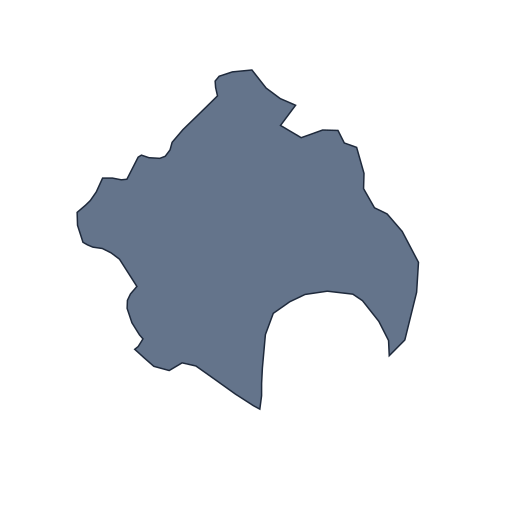 the district of Aparan, Aragatsotn, Armenia, rotated 217°
{"feature_id": "60910142B24398064358577", "entity_name": "Aparan", "entity_type": "district", "adm_level": 2, "iso_a3": "ARM", "parent_name": "Armenia", "parent_adm1": "Aragatsotn", "projection": "equal_earth", "projection_center": [44.404, 40.525], "detail": "fine", "context": "isolated", "style": "filled", "palette": "slate", "viewbox_px": 512, "rotation_deg": 217, "n_neighbors": 0, "source": "geoboundaries", "source_scale": "gbopen_adm2", "svg_char_len": 1163}
<svg xmlns="http://www.w3.org/2000/svg" viewBox="0 0 512 512"><g transform="rotate(217 256 256)"><path d="M296.7,108.5L283.6,107.3L271.2,106.4L256.4,112.3L250.7,126.2L237.8,132.0L217.3,132.6L189.5,133.3L168.0,134.9L160.8,136.0L167.4,147.7L174.9,157.7L183.5,170.4L201.2,198.9L207.7,220.6L201.5,239.8L193.7,254.8L177.9,270.8L155.7,283.8L144.0,284.4L118.5,277.7L99.3,268.3L89.6,256.6L88.4,265.3L86.6,278.5L105.9,323.7L122.4,348.7L154.0,363.6L176.6,368.5L190.4,365.8L210.6,374.5L219.5,387.0L241.0,403.3L253.5,399.4L266.1,405.6L278.6,396.7L291.1,377.7L315.0,375.0L315.1,393.9L315.1,400.2L331.4,396.3L349.0,396.2L371.2,402.1L385.7,388.8L393.6,377.4L393.9,371.1L389.7,366.3L383.1,360.7L385.7,343.3L390.4,313.0L391.4,296.3L388.5,289.0L388.5,281.0L391.6,276.1L400.6,270.1L408.2,267.6L409.1,265.3L409.6,264.0L405.3,239.6L409.4,235.8L417.4,231.9L425.4,225.9L422.1,211.0L421.7,200.6L422.7,194.0L425.1,183.2L417.0,173.1L402.4,162.8L397.2,163.5L391.6,164.9L383.3,169.5L373.6,171.3L363.1,171.3L332.8,160.0L333.4,150.1L332.0,143.2L327.4,136.6L314.9,128.0L301.6,122.9L296.4,121.8L296.2,119.8L295.6,112.8L296.7,108.5Z" fill="#64748b" stroke="#1e293b" stroke-width="1.5"/></g></svg>